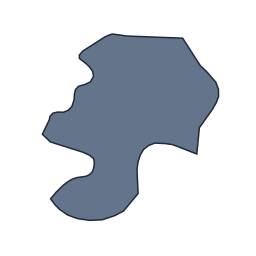 outline of Hải Dương, rotated 191°
{"feature_id": "VNM-460", "entity_name": "Hải Dương", "entity_type": "Province", "adm_level": 1, "iso_a3": "VNM", "parent_name": "Vietnam", "parent_adm1": "", "projection": "albers", "projection_center": [106.419, 20.964], "detail": "fine", "context": "isolated", "style": "filled", "palette": "slate", "viewbox_px": 256, "rotation_deg": 191, "n_neighbors": 0, "source": "natural_earth", "source_scale": "10m", "svg_char_len": 948}
<svg xmlns="http://www.w3.org/2000/svg" viewBox="0 0 256 256"><g transform="rotate(191 128 128)"><path d="M146.4,218.1L91.5,226.6L68.9,203.0L61.4,198.2L50.6,189.8L46.6,183.3L45.1,176.2L46.3,169.5L48.7,162.4L58.0,141.9L55.5,115.6L81.0,120.2L88.8,119.8L98.8,118.3L104.5,114.7L108.6,110.0L110.9,103.5L111.7,96.3L111.2,88.7L105.6,65.6L116.4,45.8L124.2,39.5L135.7,33.0L148.1,30.0L160.3,29.4L170.7,31.1L179.5,35.0L184.9,38.6L190.5,43.7L186.2,51.4L180.4,59.8L176.7,63.9L173.0,67.1L168.9,69.5L160.0,72.6L156.4,75.4L154.5,78.6L154.0,83.2L154.5,87.6L155.8,91.2L160.1,93.8L167.4,95.6L201.5,99.5L210.9,105.5L206.9,120.7L206.8,124.6L204.6,128.2L200.2,130.2L194.3,131.2L190.1,133.9L187.2,138.3L186.3,145.6L187.1,151.1L186.8,155.9L184.5,159.5L178.3,162.7L173.7,166.2L171.7,172.1L173.5,176.8L177.1,180.3L181.1,183.0L188.9,186.9L189.7,190.3L187.1,194.9L168.2,212.9L164.3,215.6L161.3,217.3L146.4,218.1Z" fill="#64748b" stroke="#1e293b" stroke-width="1.5"/></g></svg>